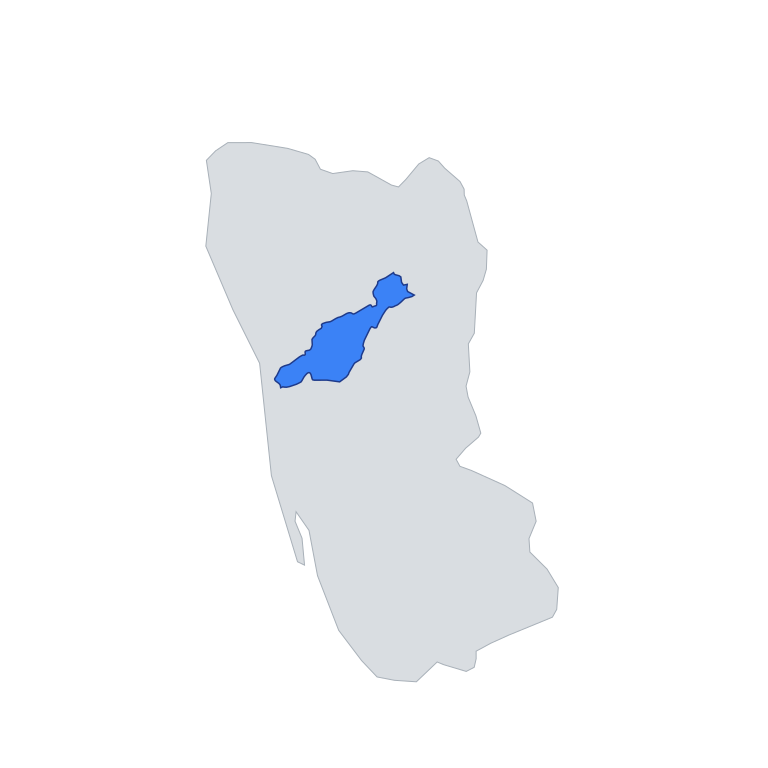 El Salvador, with San Salvador highlighted, rotated 55°
{"feature_id": "SLV-1349", "entity_name": "San Salvador", "entity_type": "Department", "adm_level": 1, "iso_a3": "SLV", "parent_name": "El Salvador", "parent_adm1": "", "projection": "natural_earth1", "projection_center": [-89.179, 13.778], "detail": "fine", "context": "in_parent", "style": "filled", "palette": "blue", "viewbox_px": 768, "rotation_deg": 55, "n_neighbors": 0, "source": "natural_earth", "source_scale": "10m", "svg_char_len": 3373}
<svg xmlns="http://www.w3.org/2000/svg" viewBox="0 0 768 768"><g transform="rotate(55 384 384)"><path d="M275.3,209.9L281.4,211.2L321.6,225.6L333.5,222.8L348.7,234.3L356.0,243.4L362.4,255.9L394.2,280.9L399.5,291.9L423.3,306.7L432.8,318.0L442.9,322.6L462.8,327.0L479.8,332.9L481.7,337.1L483.4,353.9L487.0,368.1L495.0,369.0L504.8,362.1L536.6,343.2L566.7,330.6L583.7,338.1L593.8,353.9L605.3,360.9L629.1,356.6L650.7,358.0L667.7,371.8L671.6,379.8L661.3,425.6L657.6,445.2L655.7,461.8L661.9,466.1L667.8,472.6L666.6,481.5L648.0,496.2L642.2,499.9L646.5,528.3L632.7,545.4L620.0,557.7L597.7,561.0L559.8,562.4L502.9,548.4L460.9,529.4L438.2,529.3L445.4,535.6L463.3,539.6L486.8,553.0L480.0,556.8L394.5,528.8L295.7,474.0L236.6,465.2L168.9,450.9L128.9,416.2L98.9,401.2L96.4,388.1L96.7,373.5L110.3,354.0L135.7,327.8L152.6,314.2L160.4,311.5L171.6,312.9L182.2,305.3L191.4,287.2L201.0,275.6L225.3,263.8L230.9,259.1L229.0,248.9L223.7,229.3L224.5,217.2L232.5,211.6L242.0,210.5L261.8,205.6L270.3,206.6L275.3,209.9Z" fill="#d9dde1" stroke="#a8b0b8" stroke-width="1"/><path d="M328.5,308.2L328.4,310.9L327.3,314.2L326.1,316.9L325.9,317.8L326.0,319.1L326.7,323.7L326.9,326.4L326.9,326.9L326.9,327.2L326.8,328.4L326.4,329.9L326.2,331.6L326.0,332.3L325.8,333.0L325.2,334.2L324.8,334.6L324.3,335.0L324.0,335.4L323.8,335.9L324.1,338.3L324.6,340.4L326.8,345.8L331.8,355.1L333.3,357.2L333.5,357.9L333.1,358.9L332.7,359.5L332.0,360.0L330.3,360.9L329.9,361.4L330.5,363.5L336.9,375.0L339.1,377.8L340.8,379.4L342.4,379.5L343.1,379.6L343.7,379.9L344.1,380.3L347.2,385.4L348.2,386.6L349.1,387.3L349.7,387.5L350.1,388.3L350.4,389.6L350.0,395.6L350.3,397.0L354.5,406.1L355.7,407.7L356.1,409.2L356.6,410.6L356.8,419.1L348.1,428.5L340.9,438.9L339.7,440.0L338.9,440.0L338.2,439.8L334.4,438.4L333.6,438.3L332.8,438.3L332.2,438.4L331.7,438.8L331.3,439.6L331.2,440.9L331.7,443.4L332.4,445.6L334.2,449.4L334.7,450.7L334.5,452.7L334.0,455.8L332.0,462.7L330.7,465.7L329.0,467.9L328.3,468.4L327.8,470.8L326.0,469.9L325.4,469.7L324.5,469.6L323.1,469.8L320.5,470.7L319.2,471.1L318.4,471.1L317.7,471.0L317.2,470.7L316.8,470.2L315.5,466.8L311.6,459.7L311.5,458.7L311.6,457.3L312.1,454.9L313.6,450.5L313.7,449.6L313.3,437.9L313.5,435.3L313.8,433.7L314.3,433.3L314.7,432.7L314.8,432.1L314.5,431.4L312.7,430.4L312.1,429.8L312.1,428.9L312.7,427.4L313.5,425.7L313.5,424.8L313.3,423.7L311.7,421.3L310.7,420.2L310.2,419.9L306.8,417.8L306.2,417.4L305.8,416.6L305.4,415.3L305.0,413.1L304.7,412.2L304.2,411.5L303.3,410.7L302.9,410.2L302.6,409.6L302.3,408.9L302.2,406.2L302.4,403.4L301.2,401.6L300.4,401.5L299.8,401.4L299.4,400.8L299.3,399.6L300.3,396.1L302.0,392.6L302.2,391.9L302.4,390.7L302.7,386.2L303.1,383.6L303.9,381.5L304.4,379.3L304.8,374.4L305.1,373.1L305.6,371.7L306.4,370.7L306.8,370.2L307.4,369.9L308.6,369.3L309.1,368.9L309.4,368.3L309.7,366.7L310.9,351.0L311.2,350.1L311.6,349.6L312.2,349.4L314.0,349.5L314.2,349.3L314.3,348.9L314.7,347.3L315.3,345.5L315.2,345.0L314.8,344.5L313.5,343.7L312.7,342.8L311.9,342.3L311.2,342.1L310.5,341.9L309.8,341.8L309.1,341.7L306.9,341.9L306.1,341.9L304.2,341.2L303.0,340.6L302.0,339.9L301.4,338.8L300.7,337.3L299.5,334.1L298.8,332.7L298.2,331.7L296.7,330.4L296.5,329.4L296.6,327.9L297.9,321.8L298.2,312.3L299.9,312.6L300.9,312.1L304.0,309.5L305.9,308.8L310.8,311.3L314.2,311.3L315.7,307.8L319.1,310.9L321.8,311.6L328.5,308.2Z" fill="#3b82f6" stroke="#1e3a8a" stroke-width="1.5"/></g></svg>